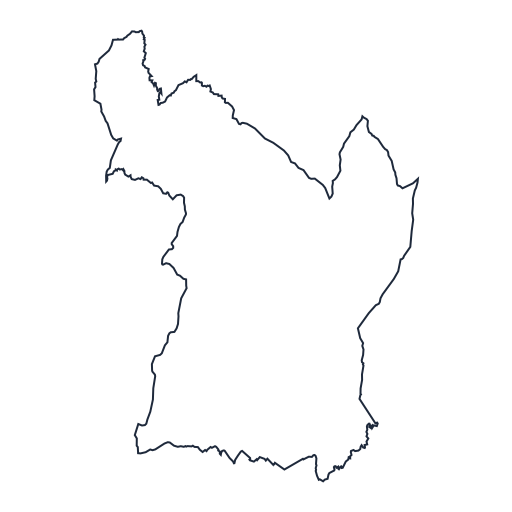 outline of Cogua, Cundinamarca, Colombia
{"feature_id": "7082276B60465848550372", "entity_name": "Cogua", "entity_type": "district", "adm_level": 2, "iso_a3": "COL", "parent_name": "Colombia", "parent_adm1": "Cundinamarca", "projection": "equal_earth", "projection_center": [-74.006, 5.108], "detail": "fine", "context": "isolated", "style": "outline", "palette": "slate", "viewbox_px": 512, "rotation_deg": 0, "n_neighbors": 0, "source": "geoboundaries", "source_scale": "gbopen_adm2", "svg_char_len": 6001}
<svg xmlns="http://www.w3.org/2000/svg" viewBox="0 0 512 512"><path d="M417.9,178.8L413.0,183.3L402.5,188.3L400.0,186.1L397.8,185.5L397.0,184.0L396.5,178.2L395.4,174.8L395.2,172.4L393.6,169.4L391.7,160.9L388.5,155.6L388.1,152.1L386.9,150.1L385.1,149.1L383.1,146.8L377.9,139.0L374.5,136.9L373.7,135.8L372.3,135.6L371.5,133.9L368.9,132.0L367.4,126.2L367.9,120.8L366.6,119.1L363.8,117.6L362.4,116.3L361.6,119.4L356.5,125.1L353.8,129.6L350.4,132.3L349.3,136.2L344.0,143.6L343.2,146.9L339.9,152.3L339.5,154.2L340.6,159.6L339.8,165.3L340.4,170.7L337.0,177.1L335.0,179.4L332.7,180.9L332.9,183.1L332.2,186.6L332.7,193.6L331.4,196.6L329.4,198.5L325.2,188.0L322.8,184.9L314.8,178.6L311.2,178.8L309.0,177.9L303.5,170.1L298.5,167.9L295.0,163.4L291.1,162.0L288.2,155.4L283.9,150.5L273.3,142.8L264.9,138.5L255.0,128.5L246.9,123.7L242.8,122.8L241.5,123.1L240.5,124.3L239.0,123.9L236.4,119.1L232.7,118.0L232.8,115.4L234.0,110.1L232.1,106.5L227.9,102.8L225.8,102.9L224.9,102.3L225.0,98.9L222.6,98.5L221.8,97.4L221.6,95.6L218.4,95.9L218.2,94.3L213.9,94.1L212.8,92.5L210.4,91.5L210.9,89.1L209.7,85.5L208.8,86.0L207.5,85.6L206.5,86.7L204.8,85.8L203.2,86.2L201.9,85.5L201.9,82.8L201.5,82.3L200.1,82.5L198.3,81.1L196.3,81.1L196.3,75.1L193.7,76.8L191.7,79.1L190.8,79.1L190.2,79.9L188.1,79.8L186.5,82.3L184.8,81.4L183.0,83.2L178.5,85.1L175.9,90.2L174.5,91.2L173.7,92.7L171.5,93.5L170.8,95.5L169.7,95.2L167.0,97.5L165.1,101.5L162.8,102.7L160.7,103.0L159.5,104.6L158.5,104.9L157.7,100.0L159.3,99.7L158.8,96.4L159.4,93.0L160.4,92.2L161.4,93.5L160.9,88.5L159.7,88.8L158.5,90.9L157.8,91.1L157.1,89.5L157.2,88.2L155.8,85.6L155.9,83.2L155.0,82.8L154.0,85.6L153.1,83.4L151.6,82.1L152.3,80.4L149.6,80.3L149.4,77.9L149.9,76.4L151.6,76.1L148.5,72.8L148.2,71.3L148.7,69.0L145.1,67.4L144.6,66.0L143.1,65.3L142.6,63.6L143.4,61.3L143.2,60.2L144.5,59.9L145.1,58.8L144.4,57.7L145.8,53.1L143.8,51.3L144.7,48.7L144.4,46.7L145.5,44.7L144.3,43.3L144.7,39.9L143.8,39.3L144.6,37.8L143.8,37.4L144.0,35.7L142.4,33.6L142.1,31.5L141.5,30.7L139.6,31.2L138.8,32.1L135.7,32.2L134.5,31.5L132.0,31.4L130.0,33.8L127.3,35.7L126.5,36.9L124.2,38.1L123.1,39.5L118.7,39.6L118.0,39.1L117.6,39.6L113.0,39.8L111.5,45.4L108.9,50.5L99.5,58.9L98.7,61.7L97.4,63.6L95.0,64.3L96.3,71.2L95.7,78.9L96.3,81.5L95.1,82.6L95.5,87.1L94.1,89.3L94.6,96.3L94.3,100.2L100.4,103.7L101.5,109.6L101.3,111.5L104.1,116.5L105.7,120.9L107.5,123.3L111.2,134.9L113.2,138.4L116.9,140.6L117.8,139.5L121.0,138.6L120.5,141.1L119.2,142.0L117.8,144.4L110.9,160.3L109.8,167.9L107.8,169.6L106.7,171.6L106.1,175.6L106.2,181.5L107.0,180.6L107.4,178.6L107.0,176.7L107.9,175.0L112.7,173.8L113.9,171.3L115.6,170.3L115.7,169.6L116.9,170.5L117.2,169.4L118.7,168.6L119.7,169.5L122.0,169.1L123.1,170.3L123.5,169.4L124.4,171.0L124.4,172.8L125.2,174.6L128.4,176.6L130.5,175.3L130.6,176.8L131.7,179.1L135.0,179.9L138.4,178.3L140.5,179.1L141.8,177.3L143.4,178.3L143.6,179.7L146.9,179.7L150.9,183.0L152.1,182.5L154.1,185.6L158.2,186.3L160.8,188.8L163.2,193.3L166.1,193.8L167.3,192.3L168.2,192.7L169.3,195.5L172.8,199.3L176.6,195.3L180.7,194.6L183.1,196.1L184.1,197.7L184.0,202.8L184.8,206.3L184.9,209.6L186.0,213.3L185.9,214.5L184.2,217.6L182.6,222.0L180.4,224.0L178.9,227.0L177.5,231.9L177.0,235.9L171.7,243.0L171.7,244.2L173.2,246.2L173.2,247.9L171.9,249.2L168.9,249.5L163.4,256.8L162.3,259.3L162.0,263.6L162.3,264.4L163.0,264.7L166.1,263.2L169.4,264.0L173.6,268.0L177.2,274.6L180.0,275.7L183.4,278.8L186.1,279.4L186.2,285.7L186.6,288.2L181.2,298.3L178.3,313.2L178.5,316.4L178.0,324.0L176.6,328.4L174.4,331.9L170.7,332.3L169.4,333.3L168.1,335.8L167.4,342.3L164.9,345.3L161.8,353.3L160.1,354.9L155.0,356.3L151.9,364.1L152.1,370.5L152.4,371.6L154.9,374.6L155.2,376.2L153.3,388.2L152.9,399.6L150.3,411.7L147.4,419.5L146.3,423.7L144.9,425.1L142.0,425.5L138.3,424.0L134.8,435.1L136.8,438.4L136.7,445.7L137.8,447.1L138.1,453.2L140.5,453.4L145.7,452.2L150.2,449.5L152.6,450.2L155.3,449.4L164.5,443.5L167.8,442.2L169.8,442.5L174.0,445.7L177.8,446.8L180.8,446.2L183.8,446.8L185.5,446.1L186.2,446.6L187.5,446.1L191.6,446.4L192.8,445.7L194.5,446.9L197.9,447.1L199.8,449.7L202.6,452.0L205.1,450.0L206.5,451.1L207.4,449.7L210.6,447.0L211.9,447.8L215.0,446.2L216.2,446.8L218.4,449.5L218.2,450.5L219.8,451.5L219.8,453.7L220.8,454.8L221.2,452.6L222.2,450.9L223.9,450.4L224.7,450.8L229.6,458.0L233.1,461.5L233.9,463.3L234.4,463.2L235.2,459.8L238.0,455.5L240.8,451.6L242.1,450.9L250.1,458.0L250.2,459.3L249.5,459.7L249.9,460.3L253.9,461.6L256.7,459.2L257.2,460.1L259.8,457.1L264.6,458.9L265.8,460.6L267.4,458.7L273.1,464.7L273.3,464.1L274.1,464.3L274.9,462.8L284.4,469.5L302.9,458.8L303.4,459.4L308.8,456.7L311.9,456.9L313.4,455.2L314.6,455.0L315.6,455.9L316.4,458.4L316.0,464.1L316.5,465.3L315.7,468.2L316.1,469.9L315.7,470.9L317.0,475.7L318.8,479.8L319.8,479.3L323.1,481.3L324.8,479.6L327.6,478.8L328.5,474.5L329.4,473.0L334.2,470.5L334.5,469.8L333.9,467.1L334.5,466.3L335.6,466.2L336.5,467.7L338.1,466.7L338.2,468.6L338.9,469.2L340.0,467.2L341.2,466.3L341.6,466.7L341.7,468.0L342.7,467.8L345.8,461.5L348.2,459.6L348.7,457.2L349.3,457.4L349.5,458.3L350.2,458.4L350.1,456.3L351.5,455.0L350.8,452.0L351.0,451.0L353.5,450.0L355.1,451.1L358.4,450.6L360.2,449.1L360.7,446.6L361.6,445.2L363.1,447.5L364.7,448.0L365.0,447.4L364.6,445.0L367.2,444.4L366.5,441.5L368.3,438.5L366.5,436.3L367.4,433.9L366.4,431.9L367.3,429.7L366.9,426.6L367.3,425.2L368.8,423.7L369.5,423.7L370.0,424.9L369.2,426.9L370.8,428.0L371.3,426.1L372.2,425.4L372.4,427.6L373.8,425.4L376.8,426.1L377.7,423.5L377.1,422.6L375.4,423.3L359.5,398.9L360.3,395.3L361.0,394.4L360.5,393.8L360.6,388.4L362.1,379.9L362.0,374.4L363.5,365.5L362.9,364.5L363.4,363.3L362.0,362.2L361.7,360.3L363.1,355.0L363.5,349.5L362.3,345.9L363.1,343.1L360.2,338.2L357.9,328.3L368.8,313.1L375.8,305.2L378.8,303.8L379.8,302.0L380.5,298.3L382.7,294.2L393.8,279.0L398.2,271.3L400.6,259.4L401.9,259.1L403.2,258.0L404.1,255.8L410.3,246.9L411.7,230.9L413.2,219.7L412.2,213.3L413.0,203.9L412.9,198.5L414.8,190.4L416.1,187.8L417.5,182.6L417.9,178.8Z" fill="none" stroke="#1e293b" stroke-width="2"/></svg>